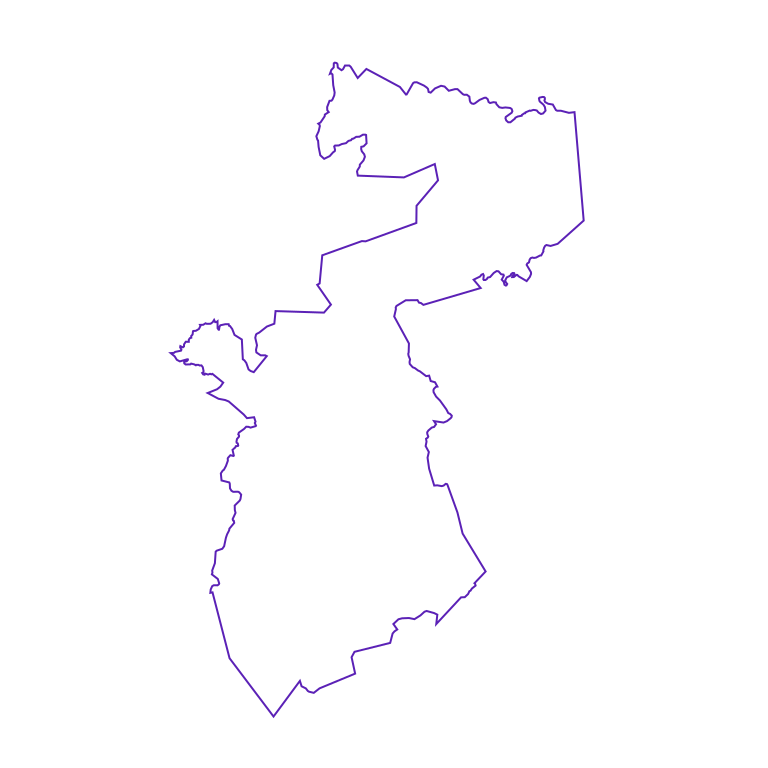 the district of Santa Catarina Juquila, Oaxaca, Mexico, rotated 356°
{"feature_id": "50627088B71365052188034", "entity_name": "Santa Catarina Juquila", "entity_type": "district", "adm_level": 2, "iso_a3": "MEX", "parent_name": "Mexico", "parent_adm1": "Oaxaca", "projection": "mercator", "projection_center": [-97.307, 16.18], "detail": "fine", "context": "isolated", "style": "outline", "palette": "violet", "viewbox_px": 768, "rotation_deg": 356, "n_neighbors": 0, "source": "geoboundaries", "source_scale": "gbopen_adm2", "svg_char_len": 6126}
<svg xmlns="http://www.w3.org/2000/svg" viewBox="0 0 768 768"><g transform="rotate(356 384 384)"><path d="M594.6,234.9L593.0,126.1L587.4,126.4L579.4,123.7L575.9,123.5L574.6,122.7L571.9,117.0L567.3,115.9L564.4,114.0L563.8,112.3L564.4,111.0L564.3,109.6L563.6,108.9L562.2,108.7L559.1,109.2L558.5,109.8L558.8,112.4L559.3,113.3L562.5,116.4L563.8,118.9L564.2,122.6L561.6,125.2L559.4,125.6L557.1,124.0L555.5,121.8L553.9,121.3L552.1,121.0L549.3,121.7L548.5,121.4L544.1,122.9L543.8,123.7L542.9,123.7L540.3,125.2L540.1,126.0L536.0,126.5L533.6,127.5L533.1,128.4L528.4,131.7L526.2,131.6L524.3,129.6L523.7,127.4L524.1,126.1L530.3,122.3L531.1,120.8L530.6,118.7L529.4,117.6L528.4,117.3L524.4,116.6L521.2,116.8L518.3,116.0L515.7,112.7L515.3,111.0L512.8,110.5L509.4,111.1L508.0,110.0L507.3,107.1L505.6,105.5L504.1,105.5L499.1,107.3L494.4,110.3L493.0,110.8L491.3,110.4L490.0,109.2L489.4,107.4L489.2,103.3L486.8,101.2L484.2,101.1L482.9,100.4L477.9,95.0L475.4,94.8L469.1,96.0L465.2,91.5L461.7,90.5L455.5,92.7L450.9,96.6L448.9,95.8L448.5,92.7L447.4,91.3L444.7,89.1L437.8,85.3L435.3,85.2L434.0,85.9L426.8,96.7L426.1,96.8L420.6,88.8L388.4,68.5L379.1,76.9L372.9,65.2L371.6,63.9L367.3,63.6L365.1,67.1L363.5,68.0L360.0,65.1L359.9,61.6L359.1,60.5L357.3,60.0L356.3,60.6L355.9,64.7L353.4,67.0L351.7,70.8L353.0,70.3L354.2,71.6L354.2,82.4L355.1,89.8L354.5,92.7L352.4,96.7L351.4,97.7L349.4,97.7L346.6,103.8L346.5,106.9L347.8,108.9L343.8,111.1L343.5,112.8L338.9,118.7L336.6,119.7L337.8,121.0L338.0,122.2L336.4,127.4L333.8,132.1L334.6,135.7L335.2,136.5L335.3,142.9L336.4,151.4L340.0,155.2L345.7,152.9L349.4,149.3L351.1,148.3L351.5,147.0L350.9,143.5L351.8,142.7L355.5,142.9L358.6,141.7L362.9,141.1L365.5,139.0L368.1,138.5L369.3,137.2L370.6,137.1L373.5,135.5L376.8,135.6L380.4,133.8L382.9,134.0L383.5,134.3L383.4,142.7L380.2,145.5L377.9,145.8L377.6,148.0L378.1,150.3L380.3,153.5L380.8,156.0L379.1,159.6L375.2,163.5L375.0,165.4L372.5,168.8L371.9,170.2L372.4,174.3L418.3,179.3L450.0,168.1L452.1,184.6L428.9,208.5L427.5,225.6L375.6,240.4L371.9,239.9L331.4,251.3L326.8,279.2L324.3,280.4L336.6,301.1L329.1,308.6L280.9,303.7L278.8,316.2L271.2,318.5L263.1,324.0L260.3,325.2L259.7,326.0L258.8,328.9L260.0,336.5L258.7,341.0L258.9,343.6L263.0,346.8L267.5,347.1L269.0,348.0L254.9,363.1L251.8,361.7L249.9,360.0L248.1,353.4L246.4,350.7L244.9,349.5L245.3,329.7L238.3,324.6L236.4,318.5L234.4,315.4L233.5,315.1L233.2,313.5L229.7,313.3L224.9,314.0L223.9,315.3L223.2,318.3L222.8,318.3L221.9,316.8L222.3,309.8L221.1,310.6L219.9,310.5L219.0,308.2L217.4,310.4L215.2,311.8L211.4,311.6L210.2,311.0L207.8,312.3L204.6,312.2L205.0,313.2L203.2,316.2L200.0,317.8L197.4,317.8L197.1,318.3L196.5,321.3L195.0,322.7L195.0,324.4L193.6,324.7L192.4,326.1L192.2,328.3L189.2,328.0L187.3,330.5L187.1,332.6L185.9,333.4L183.5,332.0L183.2,333.1L184.3,335.7L183.8,336.6L177.9,337.4L176.6,338.3L173.4,338.3L177.1,341.8L179.0,345.4L181.9,347.2L189.5,345.6L190.1,345.8L190.0,346.4L188.8,347.5L186.2,347.9L186.2,349.5L187.5,350.7L192.3,350.9L193.0,350.2L196.1,351.2L197.6,352.2L198.0,351.8L200.3,352.0L201.4,352.7L203.2,352.7L204.4,354.6L204.9,358.4L204.7,359.6L203.4,360.3L204.3,361.8L205.6,362.2L205.9,361.3L206.4,361.2L209.2,362.3L211.2,361.7L212.4,362.3L213.5,361.9L223.7,371.4L220.6,375.2L217.1,377.6L207.5,380.7L217.9,387.2L224.4,388.9L227.9,390.6L241.9,404.6L244.9,408.5L252.1,408.1L253.2,412.6L252.4,413.9L253.4,416.7L253.0,417.1L247.8,418.2L245.9,417.3L243.6,417.0L241.2,419.1L235.8,422.4L235.1,424.1L235.8,425.1L235.7,426.4L233.5,428.6L232.8,431.3L232.9,432.3L234.0,433.1L234.3,435.2L234.0,435.6L231.8,435.7L231.3,436.8L228.3,439.1L229.2,445.0L228.7,445.3L225.8,444.3L223.3,446.7L222.9,447.4L222.9,449.6L220.6,454.8L218.3,458.4L217.1,459.1L215.0,461.8L215.2,468.9L222.8,471.4L223.2,472.7L223.1,477.4L224.4,479.9L226.0,481.0L230.9,481.3L232.0,481.9L233.8,484.4L232.8,488.7L232.0,490.2L226.6,494.8L226.4,499.3L226.9,502.2L223.6,508.2L223.9,509.6L224.6,509.9L224.9,512.1L219.7,517.5L219.3,519.2L217.0,523.0L215.6,526.3L213.2,534.7L211.2,537.1L205.5,538.6L204.4,539.5L202.8,551.0L199.6,558.1L199.7,560.3L199.0,561.9L204.6,566.9L205.7,571.4L205.3,572.3L203.9,573.2L200.1,572.9L198.5,573.7L196.8,576.9L196.2,580.2L198.4,579.9L210.8,646.8L250.6,708.0L279.4,674.3L280.7,679.8L284.8,682.2L286.6,684.9L287.7,685.7L292.4,687.2L298.5,683.1L335.0,670.9L332.6,654.3L335.9,649.1L372.1,642.7L375.2,633.5L377.2,631.5L380.1,629.8L376.6,624.1L382.0,619.7L385.7,619.0L392.6,619.2L398.0,620.7L404.2,617.4L408.5,614.0L410.7,613.4L418.0,616.0L421.1,617.8L419.4,627.1L446.0,602.2L449.7,602.3L453.3,599.3L454.7,596.7L455.9,596.2L457.4,594.2L461.3,591.5L460.9,589.4L460.4,589.0L472.3,578.1L452.0,538.7L448.3,517.3L440.3,489.1L439.8,488.2L438.6,487.9L436.4,489.5L434.5,489.9L430.1,488.8L427.0,488.8L423.1,471.6L422.3,460.5L424.0,455.0L421.2,448.8L422.4,444.5L422.1,441.6L423.9,440.5L424.5,439.5L423.7,436.9L423.7,435.2L425.0,433.5L428.6,430.8L431.0,430.3L433.1,427.8L431.3,424.5L440.7,426.6L444.3,425.4L448.2,422.7L449.1,421.7L449.4,420.3L447.8,418.4L446.1,417.5L444.4,413.6L438.7,404.4L435.1,400.2L432.9,395.6L432.9,393.5L433.5,392.3L435.5,390.5L437.1,390.3L435.0,385.8L430.8,384.3L429.6,378.8L426.6,379.1L420.6,373.8L419.0,373.0L415.9,370.3L413.8,369.3L411.1,365.8L411.0,363.9L411.7,361.2L410.5,357.6L410.3,355.6L410.8,354.2L411.7,345.3L398.9,317.4L401.1,310.1L401.0,308.5L401.9,307.0L411.5,302.0L423.3,302.7L424.6,305.3L426.5,305.8L428.8,307.8L487.1,295.0L480.7,286.2L487.3,283.5L488.8,281.8L490.5,281.2L491.1,282.7L490.4,286.5L490.8,287.2L492.5,287.3L494.0,286.4L494.9,285.1L497.3,284.7L501.2,280.9L504.2,279.2L506.1,279.6L508.5,282.7L510.8,283.2L511.1,284.3L508.7,288.1L510.5,290.3L511.1,293.4L512.3,294.3L513.0,294.2L513.9,292.8L512.7,291.1L512.1,289.1L513.9,286.2L517.5,284.8L518.7,283.0L520.1,282.2L521.6,282.5L521.8,283.3L519.9,284.9L519.3,286.3L520.9,286.4L523.8,284.4L524.6,284.5L525.8,286.0L533.5,291.3L537.0,287.3L538.4,284.4L538.4,282.7L534.6,275.1L535.3,273.8L537.1,272.8L538.0,270.0L539.1,268.7L540.8,268.2L542.4,268.7L544.5,268.5L548.6,266.7L549.8,266.7L552.3,262.8L552.2,261.8L553.2,259.2L554.4,257.4L555.7,256.7L559.8,257.9L567.0,256.3L594.6,234.9Z" fill="none" stroke="#5b21b6" stroke-width="2"/></g></svg>